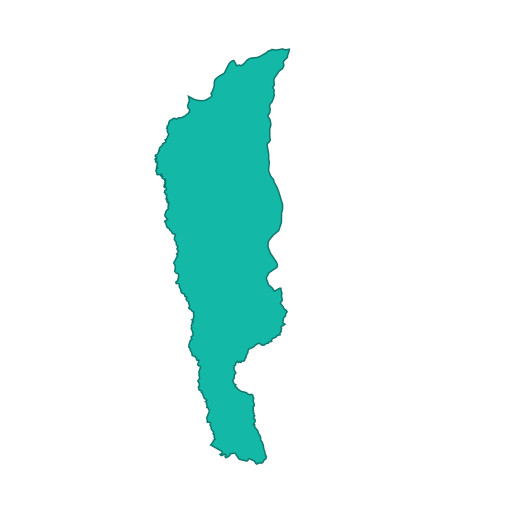 Saladoblanco, Huila, Colombia (Albers equal-area conic projection), rotated 56°
{"feature_id": "7082276B71793235558462", "entity_name": "Saladoblanco", "entity_type": "district", "adm_level": 2, "iso_a3": "COL", "parent_name": "Colombia", "parent_adm1": "Huila", "projection": "albers", "projection_center": [-76.191, 2.115], "detail": "fine", "context": "isolated", "style": "filled", "palette": "teal", "viewbox_px": 512, "rotation_deg": 56, "n_neighbors": 0, "source": "geoboundaries", "source_scale": "gbopen_adm2", "svg_char_len": 6114}
<svg xmlns="http://www.w3.org/2000/svg" viewBox="0 0 512 512"><g transform="rotate(56 256 256)"><path d="M429.7,361.2L427.9,359.4L425.7,359.3L421.9,357.7L420.8,357.7L416.8,355.7L413.4,354.9L411.3,355.2L409.4,353.8L406.9,353.1L405.5,353.3L401.7,352.3L396.5,352.7L395.4,351.5L394.3,352.3L392.9,349.6L391.6,348.4L390.6,348.2L389.9,348.8L388.9,348.8L387.8,346.4L386.6,346.7L385.6,345.7L383.9,345.6L383.0,344.6L382.1,344.7L381.8,344.1L379.5,342.7L379.3,341.3L377.1,340.0L374.8,339.6L372.5,337.3L371.3,337.3L369.9,336.6L368.5,336.8L367.9,337.4L367.6,338.8L365.2,340.3L363.9,340.3L360.0,344.0L356.1,345.5L353.7,345.6L352.8,346.5L351.8,345.8L351.5,344.7L349.6,345.7L348.3,345.5L347.4,344.9L346.2,345.0L345.6,344.2L345.4,342.7L342.5,340.5L341.6,338.0L338.0,337.8L334.8,335.6L335.0,334.2L333.2,332.1L333.0,330.4L334.5,330.2L334.5,328.5L335.4,328.5L335.8,328.0L335.3,326.5L336.3,324.8L336.2,323.8L334.7,322.3L334.6,321.2L332.5,318.8L331.7,317.0L329.7,315.2L329.2,314.2L330.1,308.8L329.6,306.8L329.6,303.6L330.2,302.1L333.6,300.7L333.8,299.7L334.4,299.3L334.3,296.0L335.2,294.6L334.5,293.2L335.6,290.7L334.1,290.1L333.7,288.4L334.4,284.9L333.8,282.6L334.8,280.0L333.2,279.4L332.7,277.2L331.5,276.9L330.7,275.5L329.2,275.2L328.7,274.7L328.8,270.2L326.4,271.2L323.7,268.7L322.5,267.3L322.3,265.2L320.2,263.3L319.7,261.4L318.1,261.3L315.3,262.3L313.1,261.9L308.9,262.2L308.1,261.2L307.7,259.3L307.1,258.7L303.2,257.2L301.7,255.5L297.2,254.0L296.8,253.4L296.0,254.2L295.5,260.4L291.7,260.4L287.0,261.7L280.3,260.0L279.1,258.4L277.1,254.5L277.1,245.0L275.8,243.4L272.8,242.5L261.6,242.5L255.6,241.1L253.0,239.5L250.9,237.6L249.8,235.1L248.2,229.4L247.7,223.0L242.3,216.1L234.7,210.8L231.7,207.5L228.0,205.1L214.9,201.1L210.2,200.1L205.3,199.8L202.4,198.7L198.2,199.2L193.4,198.2L191.2,197.1L185.5,192.3L183.2,191.6L179.1,188.8L170.5,184.9L169.2,183.9L168.9,181.5L168.0,179.4L165.5,178.3L158.7,173.9L156.1,170.8L154.5,169.7L151.3,168.3L149.0,167.9L147.7,168.3L145.5,167.0L145.5,165.4L144.4,164.0L142.1,162.1L139.4,161.1L137.6,158.8L137.5,157.2L135.4,153.9L132.9,150.9L130.6,149.9L128.9,148.3L125.5,147.7L124.5,145.3L119.8,142.6L118.8,141.2L115.6,133.2L115.5,129.2L113.6,126.3L110.6,125.1L109.6,122.9L108.9,118.9L107.2,117.5L104.9,114.3L103.2,112.7L101.5,116.4L99.2,118.1L96.7,124.0L93.6,127.4L93.7,129.1L92.9,131.3L93.3,133.7L92.8,140.9L92.1,144.0L89.2,149.4L88.7,151.6L88.6,153.9L89.7,157.4L90.0,161.8L88.4,163.0L87.4,165.6L81.6,165.0L81.0,166.1L80.9,168.4L81.6,171.0L86.7,180.0L86.3,186.8L86.7,190.6L87.3,191.9L88.5,193.3L91.7,195.6L95.0,199.9L96.4,202.7L98.0,202.5L99.0,204.2L98.7,210.4L98.1,212.2L95.5,216.1L92.2,219.4L85.9,222.7L90.0,224.4L92.4,227.8L93.6,228.8L95.2,229.5L98.0,229.2L98.9,230.7L99.6,230.8L99.5,231.6L100.1,232.7L99.8,233.8L100.3,236.7L99.8,238.1L100.1,238.9L99.1,241.7L98.2,242.6L98.2,245.2L96.6,246.2L95.8,247.5L95.6,248.4L96.0,249.4L95.4,251.7L96.7,253.9L98.5,255.4L98.6,257.0L99.7,257.6L100.1,258.7L101.4,258.4L102.9,259.8L106.8,260.5L107.5,262.7L108.3,263.3L109.2,265.3L108.8,266.3L110.3,266.5L111.1,267.3L110.8,270.7L111.9,271.6L112.4,275.5L113.8,276.7L114.0,277.4L114.7,277.3L114.8,278.1L116.2,280.0L116.6,281.5L116.1,282.7L116.8,283.7L118.8,283.1L119.2,283.4L119.0,284.0L120.0,284.4L119.1,284.9L119.2,285.6L120.5,285.4L121.2,286.4L121.9,286.6L123.1,285.3L123.6,286.3L125.3,286.4L125.4,287.3L126.0,287.7L126.3,288.5L126.8,288.8L127.5,288.3L128.1,288.4L127.9,289.8L128.9,290.2L129.3,291.4L131.3,291.6L133.1,292.5L133.7,292.1L133.8,291.2L134.9,290.2L135.1,288.8L137.4,288.9L136.3,290.0L137.8,289.8L139.2,290.2L141.1,289.2L141.3,288.3L142.9,288.5L143.2,289.0L142.0,289.6L143.6,289.5L144.0,290.5L144.7,290.1L145.5,290.5L145.3,291.9L145.9,292.2L146.4,291.6L147.3,292.1L146.5,292.8L146.8,293.5L148.1,293.4L148.9,292.4L150.7,292.7L150.9,294.2L150.6,294.6L152.0,296.4L153.0,296.1L154.1,296.5L154.7,295.9L155.5,295.8L156.4,297.0L158.3,297.7L158.3,298.7L159.6,297.9L160.3,299.2L161.2,298.9L161.9,299.6L162.4,299.5L162.4,298.3L164.3,299.1L164.6,300.4L165.5,300.5L166.3,301.6L167.8,302.2L168.0,303.9L168.9,306.0L171.1,308.7L172.1,309.2L176.4,308.8L176.0,311.9L176.4,312.5L178.5,312.3L180.1,313.1L182.8,313.7L184.7,312.6L186.2,313.0L187.4,312.5L190.2,312.7L191.4,312.4L191.8,311.5L192.5,311.1L193.4,311.0L193.8,311.0L194.3,312.5L196.7,314.5L200.0,314.5L202.2,315.8L204.5,315.5L206.0,317.7L208.6,317.6L209.8,319.4L209.9,320.8L210.7,321.0L211.6,320.6L212.3,321.1L212.7,322.7L214.0,324.6L215.6,328.0L219.7,328.7L223.3,332.0L225.4,331.7L227.2,330.5L228.9,330.9L231.9,333.9L232.7,335.2L232.7,336.7L233.4,337.5L234.4,337.4L235.4,335.9L236.6,335.3L238.6,336.9L241.5,337.1L244.3,338.3L245.7,338.0L247.4,336.7L249.8,337.5L251.5,336.3L252.0,336.7L252.1,337.6L252.8,338.1L254.2,338.2L256.4,337.5L257.4,338.3L260.2,338.9L260.8,339.5L261.1,340.5L261.9,340.9L263.0,340.6L264.0,339.9L266.1,339.8L267.7,338.9L268.6,340.0L271.0,341.0L271.7,342.0L272.9,342.6L273.2,343.4L273.0,344.9L275.4,344.6L275.3,346.1L276.3,346.3L276.8,347.7L278.1,348.9L279.3,349.3L279.6,350.1L283.7,351.0L286.2,352.2L286.7,353.2L286.6,354.8L287.5,355.5L289.2,355.7L289.3,357.8L291.9,361.0L293.9,362.7L295.7,362.3L296.8,363.0L300.9,363.5L302.4,364.5L306.2,362.5L309.4,363.3L310.7,361.6L313.5,365.2L314.4,365.2L315.9,364.0L317.2,364.2L320.4,368.5L321.6,368.6L322.8,369.9L325.9,371.0L327.1,374.2L329.3,374.2L332.1,375.4L332.2,376.9L334.5,377.9L335.2,378.1L337.6,376.7L338.6,377.6L339.8,377.2L345.2,378.5L346.5,377.7L348.1,377.4L348.4,379.4L349.7,378.9L350.9,379.8L352.5,379.9L354.0,381.5L355.0,380.7L358.4,381.2L362.5,387.1L363.7,387.9L364.8,388.1L366.2,389.3L366.8,389.1L368.0,387.4L369.1,387.0L370.7,388.8L372.4,388.6L374.3,389.9L378.4,389.6L379.6,391.1L381.2,390.7L383.0,392.2L385.0,392.3L385.0,394.1L386.3,396.0L387.3,399.3L398.3,393.8L399.7,393.7L400.8,394.1L400.3,396.8L401.9,396.5L402.4,395.9L402.6,393.3L403.5,392.0L405.2,393.9L406.5,393.7L406.8,391.8L406.7,389.3L405.5,388.1L407.7,383.7L408.8,383.4L410.6,383.8L412.3,383.4L414.2,383.8L415.4,383.3L420.8,378.4L421.0,377.2L420.0,375.7L420.5,374.7L425.2,372.0L428.1,372.1L429.0,371.7L429.1,369.6L430.8,367.1L431.1,366.1L429.5,363.1L429.7,361.2Z" fill="#14b8a6" stroke="#0f766e" stroke-width="1.5"/></g></svg>